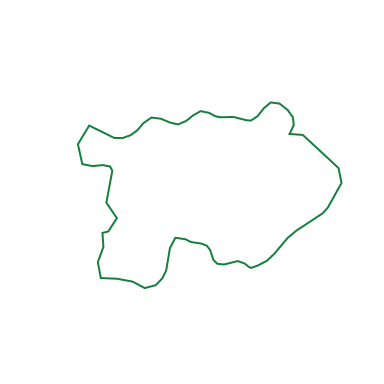 the Province of Cibitoke, rotated 123°
{"feature_id": "BDI-2638", "entity_name": "Cibitoke", "entity_type": "Province", "adm_level": 1, "iso_a3": "BDI", "parent_name": "Burundi", "parent_adm1": "", "projection": "albers", "projection_center": [29.231, -2.849], "detail": "fine", "context": "isolated", "style": "outline", "palette": "green", "viewbox_px": 384, "rotation_deg": 123, "n_neighbors": 0, "source": "natural_earth", "source_scale": "10m", "svg_char_len": 1010}
<svg xmlns="http://www.w3.org/2000/svg" viewBox="0 0 384 384"><g transform="rotate(123 192 192)"><path d="M130.9,69.6L138.7,70.8L167.8,83.5L178.5,86.8L198.8,89.3L208.9,91.7L217.7,96.7L223.5,101.1L223.9,103.3L223.3,109.0L224.9,115.5L225.0,116.0L235.4,125.7L238.4,131.7L237.3,137.1L230.7,145.3L229.0,150.3L230.1,155.9L234.6,165.8L235.2,171.8L239.4,181.0L251.2,179.9L271.9,170.9L280.5,169.9L289.8,171.6L298.3,179.3L299.5,192.9L305.5,207.5L313.8,221.6L302.2,232.7L286.3,236.4L275.1,244.8L270.6,240.7L254.8,240.8L247.6,258.0L217.6,270.4L215.2,274.6L218.1,281.6L224.4,289.4L228.4,299.1L214.1,313.7L192.3,314.4L189.0,286.7L184.6,279.6L177.9,274.5L169.8,271.4L160.9,270.3L151.7,266.6L147.5,258.1L145.7,248.1L142.9,240.5L135.6,235.6L126.9,232.7L119.5,228.8L116.4,221.1L115.7,213.4L113.7,208.6L106.5,198.1L102.1,185.3L100.0,181.5L92.8,178.3L82.8,177.4L74.0,174.8L70.2,166.7L71.1,156.5L74.3,148.3L80.4,143.1L90.2,141.8L83.8,130.2L92.1,82.2L103.0,71.5L130.9,69.6Z" fill="none" stroke="#15803d" stroke-width="2"/></g></svg>